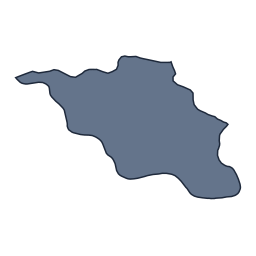 Rangrim, Chagang-do, North Korea (Albers equal-area conic projection), rotated 89°
{"feature_id": "82179303B57192008066519", "entity_name": "Rangrim", "entity_type": "district", "adm_level": 2, "iso_a3": "PRK", "parent_name": "North Korea", "parent_adm1": "Chagang-do", "projection": "albers", "projection_center": [127.189, 40.817], "detail": "fine", "context": "isolated", "style": "filled", "palette": "slate", "viewbox_px": 256, "rotation_deg": 89, "n_neighbors": 0, "source": "geoboundaries", "source_scale": "gbopen_adm2", "svg_char_len": 2120}
<svg xmlns="http://www.w3.org/2000/svg" viewBox="0 0 256 256"><g transform="rotate(89 128 128)"><path d="M62.6,83.8L63.1,84.7L63.1,86.4L63.0,94.1L61.4,100.9L59.8,107.8L59.1,111.0L58.2,114.6L56.6,118.8L56.8,123.9L56.8,126.5L56.0,129.9L56.7,133.3L59.8,135.9L62.1,136.8L65.2,136.8L69.1,138.5L71.4,142.8L71.6,143.4L72.9,147.1L71.3,152.2L68.9,158.2L68.9,159.9L68.8,162.5L68.8,165.9L70.3,170.2L72.6,172.8L74.9,177.0L76.4,179.6L75.6,184.7L72.4,190.7L69.2,196.7L68.4,201.0L69.9,205.3L70.6,210.4L71.4,216.4L69.7,222.4L70.5,225.0L72.0,229.3L73.5,233.5L75.7,239.4L77.4,238.0L80.3,235.1L81.3,233.4L81.8,231.7L82.2,229.7L82.2,227.7L80.7,216.6L81.0,212.5L82.4,209.5L83.6,207.9L85.0,206.5L86.6,206.0L92.3,205.4L93.8,204.9L95.6,203.7L100.1,199.6L102.7,196.6L105.7,193.8L107.3,192.4L109.0,191.4L121.2,188.8L123.0,188.6L125.1,188.7L126.8,188.2L128.7,187.3L131.2,184.0L131.8,182.5L133.7,175.5L134.2,171.5L134.4,167.3L134.9,163.8L136.3,160.6L137.4,158.8L138.7,157.0L140.0,155.6L141.6,154.4L143.5,153.5L152.8,150.1L154.5,148.7L156.8,145.4L158.3,144.0L160.0,143.0L163.4,141.5L170.4,140.1L173.6,138.4L175.1,136.8L176.1,135.1L178.2,130.6L178.8,128.9L179.1,126.8L179.0,124.7L178.9,123.0L178.4,119.2L176.8,112.4L175.9,109.3L174.9,103.8L174.5,98.2L173.9,94.5L174.0,90.3L174.7,86.6L175.1,84.8L176.5,81.7L179.1,78.6L182.1,75.8L188.4,71.1L189.4,70.1L193.9,67.2L195.4,65.8L197.2,62.9L198.3,59.5L199.1,54.6L199.7,49.7L199.7,48.1L200.0,46.3L200.0,42.9L199.7,41.4L199.4,35.2L198.6,30.5L198.3,25.7L197.3,22.3L196.5,20.8L195.4,19.3L193.8,18.1L190.7,16.8L189.1,16.6L186.1,17.0L181.2,18.5L176.5,20.4L171.7,23.0L170.1,24.3L169.1,25.8L168.3,27.4L168.2,29.0L167.6,30.7L166.9,32.1L164.7,35.3L161.5,37.5L156.9,39.0L151.9,38.7L150.3,37.9L147.0,36.8L145.3,36.6L142.3,37.0L137.1,36.6L135.5,36.0L134.5,35.2L131.0,32.6L128.1,29.6L126.5,28.3L126.1,28.0L124.5,29.8L123.7,32.4L122.1,35.0L120.6,38.4L118.2,41.0L117.5,43.5L115.9,47.8L114.3,50.4L112.0,55.5L110.4,58.1L105.8,61.5L101.1,62.4L97.3,62.4L94.2,62.4L91.1,65.0L89.5,68.4L87.9,71.8L85.6,77.8L81.7,82.1L77.8,82.1L74.7,79.5L71.7,80.4L67.8,82.1L62.6,83.8Z" fill="#64748b" stroke="#1e293b" stroke-width="1.5"/></g></svg>